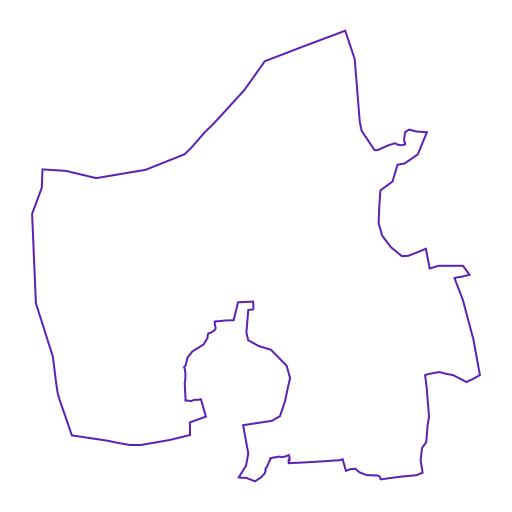 Illela, Sokoto, Nigeria
{"feature_id": "59680162B27389948970996", "entity_name": "Illela", "entity_type": "district", "adm_level": 2, "iso_a3": "NGA", "parent_name": "Nigeria", "parent_adm1": "Sokoto", "projection": "albers", "projection_center": [5.376, 13.671], "detail": "fine", "context": "isolated", "style": "outline", "palette": "violet", "viewbox_px": 512, "rotation_deg": 0, "n_neighbors": 0, "source": "geoboundaries", "source_scale": "gbopen_adm2", "svg_char_len": 2532}
<svg xmlns="http://www.w3.org/2000/svg" viewBox="0 0 512 512"><path d="M71.9,435.4L107.4,440.7L117.0,442.7L129.8,445.0L140.8,445.0L169.1,440.1L190.0,435.0L189.9,422.4L205.9,416.6L200.9,399.2L197.8,399.9L195.9,399.8L193.4,400.1L191.2,401.1L187.4,400.5L185.6,400.7L184.7,383.5L185.3,379.3L185.4,373.0L184.9,369.4L184.1,367.0L185.6,365.6L187.4,357.8L192.4,351.4L203.6,344.5L207.7,337.6L207.5,336.6L208.2,333.5L210.8,332.7L214.7,330.1L215.7,328.1L214.8,324.4L214.8,321.5L226.9,320.4L233.6,320.3L237.0,306.7L238.0,302.3L253.1,301.6L253.4,304.9L253.4,307.6L253.2,309.4L248.3,310.0L246.4,332.3L248.2,340.2L258.6,346.0L271.0,349.8L286.7,365.8L290.1,378.3L288.3,385.6L285.0,401.3L280.0,416.1L272.1,420.8L243.1,425.2L248.3,453.5L246.0,465.8L238.8,477.3L241.6,477.8L245.9,477.8L255.0,481.3L261.5,477.1L262.4,475.7L264.4,473.9L264.9,472.8L265.5,471.2L265.5,468.8L265.6,468.4L266.4,467.6L267.1,466.5L267.3,465.7L268.2,464.2L268.7,462.3L269.9,460.5L270.2,459.0L270.6,458.8L270.3,458.4L273.1,457.6L277.1,457.0L279.0,456.6L279.8,456.7L281.6,457.1L282.6,457.2L284.8,456.5L285.6,456.4L286.8,456.0L287.2,455.8L288.1,455.3L288.9,455.1L289.7,458.3L289.7,458.8L289.2,458.9L288.9,459.3L289.3,459.5L289.3,460.0L289.4,460.4L288.7,460.6L288.6,461.6L288.7,463.2L307.1,462.3L328.3,461.0L333.5,460.5L336.9,460.4L340.4,460.1L342.6,459.2L345.9,470.8L350.3,469.2L355.3,468.7L359.6,472.4L366.7,475.1L377.5,475.5L379.7,476.5L380.2,477.8L380.5,479.0L381.1,479.4L389.0,478.2L402.4,476.5L416.5,475.2L422.6,472.7L420.6,460.0L422.1,447.9L426.2,442.1L427.1,432.3L427.5,425.9L429.0,416.6L426.7,387.7L425.1,375.2L427.8,374.2L439.2,372.0L446.0,373.8L453.1,375.1L466.6,382.1L468.9,380.8L472.0,379.5L479.9,375.1L473.5,339.8L463.0,300.4L456.3,282.8L454.5,278.1L457.5,277.3L460.5,276.9L461.6,276.8L462.4,276.5L469.5,274.8L463.0,265.8L438.6,265.8L429.7,268.5L425.9,248.8L408.1,255.9L401.8,256.1L390.8,247.1L382.2,235.7L378.6,223.2L379.4,205.1L380.4,190.4L392.5,181.5L397.5,164.8L404.7,163.4L417.8,154.4L426.9,132.2L416.3,131.5L409.1,129.6L405.2,132.2L404.5,135.9L404.1,140.8L405.2,143.5L405.1,144.4L403.4,144.8L400.9,145.3L397.2,144.5L395.8,143.6L394.7,143.3L388.3,145.3L377.7,150.1L374.6,150.2L361.6,130.7L359.7,121.2L354.7,59.0L345.2,30.7L344.2,31.1L322.3,39.3L302.6,46.7L264.8,61.2L244.6,89.7L226.0,110.2L212.5,124.8L204.8,132.2L191.6,147.4L184.7,154.2L168.2,160.8L151.4,167.5L145.7,169.8L119.5,174.2L96.1,178.1L65.9,170.9L42.5,169.4L41.8,187.7L32.1,213.9L35.9,303.2L52.9,356.8L56.2,383.5L57.7,393.2L59.6,399.8L71.9,435.4Z" fill="none" stroke="#5b21b6" stroke-width="2"/></svg>